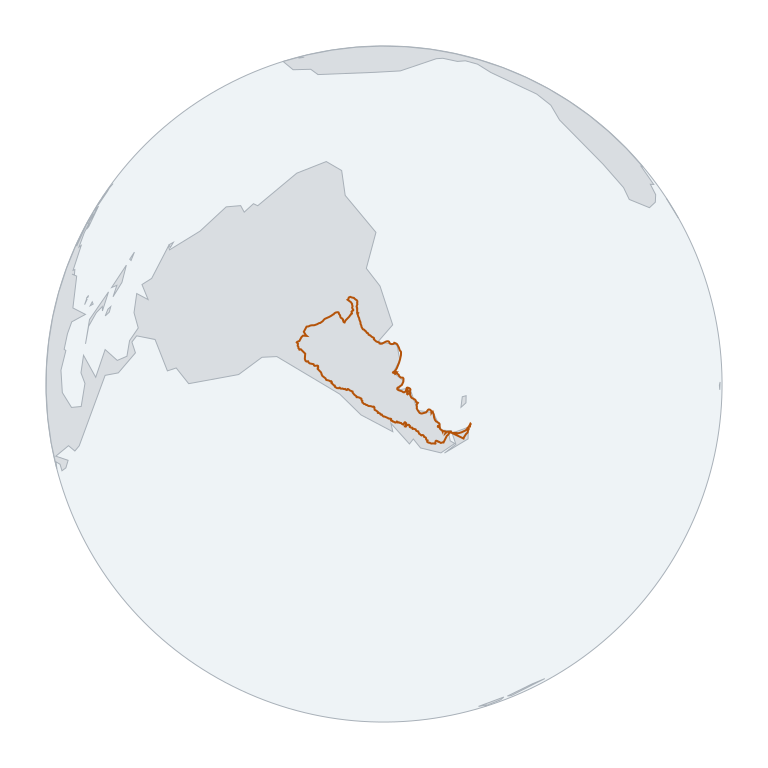 the Earth from above Argentina, rotated 298°
{"feature_id": "ARG", "entity_name": "Argentina", "entity_type": "country or territory", "adm_level": 0, "iso_a3": "ARG", "parent_name": "South America", "parent_adm1": "", "projection": "orthographic", "projection_center": [-65.46, -38.417], "detail": "fine", "context": "on_globe", "style": "outline", "palette": "amber", "viewbox_px": 768, "rotation_deg": 298, "n_neighbors": 0, "source": "natural_earth", "source_scale": "50m", "svg_char_len": 9218}
<svg xmlns="http://www.w3.org/2000/svg" viewBox="0 0 768 768"><g transform="rotate(298 384 384)"><circle cx="384" cy="384" r="338" fill="#eef3f6" stroke="#a8b0b8"/><path d="M412.7,47.3L404.4,46.8L380.5,46.2L361.3,47.9L385.6,46.4L388.0,47.6L393.4,48.0L400.2,48.1L403.9,47.7L407.2,48.4L384.4,49.4L381.0,48.7L388.3,48.1L377.0,48.3L361.7,50.4L364.2,51.6L338.4,56.1L339.9,57.3L335.1,59.4L334.5,56.9L335.0,62.0L305.1,73.6L305.3,87.7L292.3,79.1L279.8,80.9L264.5,85.3L264.2,87.4L244.5,92.3L225.4,104.0L216.6,119.1L222.0,127.2L244.1,119.7L251.6,111.2L268.3,105.2L254.6,126.3L283.5,121.6L279.6,137.4L287.8,144.0L302.8,139.0L318.1,140.7L329.6,129.8L347.8,123.2L347.8,136.1L358.2,123.6L368.2,129.3L404.7,128.9L401.8,131.7L432.6,149.8L466.3,161.5L474.2,173.7L470.1,179.9L481.9,184.1L482.1,188.8L529.2,208.0L553.3,228.6L552.6,246.4L532.3,261.2L514.1,305.7L477.8,314.1L468.6,334.5L440.3,363.9L418.3,358.8L424.7,377.0L412.6,386.8L398.3,386.7L396.1,399.6L385.5,399.6L392.7,408.5L376.4,426.0L381.9,441.0L370.3,456.3L374.3,465.5L369.6,465.3L364.9,469.1L364.7,474.4L349.9,466.6L344.7,446.3L349.2,435.7L343.0,434.6L352.5,408.6L346.0,414.2L345.9,378.2L354.3,349.7L357.9,276.5L350.3,263.7L324.1,251.2L292.6,211.4L300.6,193.0L293.9,186.6L315.8,161.0L310.4,143.0L302.7,141.7L294.8,149.9L269.1,144.2L260.7,133.7L186.3,143.9L179.7,142.5L181.4,134.4L166.2,128.1L168.3,140.9L160.6,142.5L156.2,140.4L161.0,135.7L161.3,130.9L155.7,134.9L156.6,134.0L175.9,117.7L196.4,102.9L218.0,89.7L240.4,78.1L263.7,68.2L287.6,60.1L312.1,53.8L337.0,49.4L362.2,46.8L387.4,46.1L412.7,47.3ZM302.7,93.7L336.0,97.5L316.3,101.1L320.2,98.9L311.9,96.5L296.3,96.1L279.3,101.6L302.7,93.7ZM319.3,82.1L313.5,82.4L319.3,81.5L319.3,82.1ZM375.0,484.0L351.4,469.8L364.5,475.8L372.6,467.2L385.4,478.7L375.0,484.0ZM399.5,462.9L409.5,459.1L412.2,462.0L405.9,465.2L399.5,462.9ZM697.2,510.9L696.9,508.8L686.8,528.5L685.4,525.4L678.7,535.0L671.9,538.2L664.3,535.6L662.1,513.9L669.9,503.3L680.9,474.3L699.5,415.1L708.5,400.4L711.7,382.7L709.2,332.2L710.3,316.4L707.6,304.2L703.3,297.4L699.2,283.0L695.8,277.5L668.1,251.4L654.6,229.1L626.2,180.4L627.5,171.6L618.8,156.2L621.4,143.5L638.4,161.6L654.1,180.9L668.3,201.3L680.9,222.7L692.0,244.9L701.4,267.9L709.0,291.6L714.9,315.7L719.1,340.2L721.4,365.0L721.9,389.8L720.5,414.6L717.4,439.3L712.4,463.6L705.7,487.5L697.2,510.9ZM631.6,155.5L634.4,159.2L634.4,159.3L631.6,155.5ZM405.9,128.7L410.2,131.5L404.4,131.3L405.9,128.7ZM313.2,105.9L320.4,105.1L324.1,106.4L318.5,107.7L313.2,105.9ZM374.8,100.9L383.3,101.7L374.3,102.7L374.8,100.9ZM341.3,98.2L368.0,100.7L350.7,104.9L333.8,103.8L345.7,101.8L341.3,98.2ZM315.1,87.8L319.6,87.8L318.0,89.7L315.1,87.8ZM323.5,81.5L321.8,81.9L319.7,80.9L323.5,81.5ZM389.4,47.5L391.3,47.5L398.0,47.7L394.6,47.8L389.4,47.5ZM418.5,47.8L416.8,47.8L429.3,49.4L433.8,50.7L428.2,49.5L424.3,49.4L407.8,47.6L417.7,47.8L418.5,47.8ZM388.9,46.3L398.1,46.7L387.6,46.2L388.9,46.3ZM543.6,679.8L536.5,683.2L540.4,680.7L543.6,679.8ZM668.7,566.0L672.7,559.4L680.6,545.9L668.7,566.0ZM168.6,642.6L166.4,639.4L176.1,646.5L188.9,655.7L199.4,664.3L168.6,642.6ZM159.9,635.2L151.1,627.8L146.5,624.3L149.1,625.7L143.7,618.8L163.9,636.8L159.9,635.2Z" fill="#d9dde1" stroke="#a8b0b8" stroke-width="1"/><path d="M423.9,337.3L422.4,339.6L422.6,340.3L422.6,341.2L422.1,341.8L422.2,342.6L422.1,343.1L421.1,344.8L421.4,345.5L421.1,346.4L420.3,347.2L420.3,348.8L420.5,349.1L419.9,350.9L420.0,353.3L419.5,353.9L418.9,353.9L418.7,354.1L417.9,357.3L418.4,360.4L417.7,361.0L417.9,362.0L418.7,363.3L422.1,365.6L423.2,366.7L423.7,367.8L423.7,368.6L422.7,369.8L422.5,370.9L422.9,372.3L423.7,373.3L424.3,373.7L425.2,373.7L425.3,374.0L425.4,376.1L425.3,376.7L425.0,377.3L423.1,380.1L421.5,381.7L420.9,382.6L420.6,383.6L420.1,384.1L417.5,385.4L413.6,386.5L409.8,387.3L403.9,387.9L401.7,387.8L400.6,387.5L399.6,387.2L399.0,386.6L398.4,386.5L398.2,386.8L398.5,387.6L398.3,388.6L398.4,389.1L399.5,389.9L398.9,389.9L399.4,390.4L399.1,392.6L398.4,393.0L397.8,394.7L397.6,395.7L397.8,396.3L398.4,397.6L398.1,398.4L397.7,398.8L395.1,400.0L392.2,400.2L391.5,400.2L388.8,398.8L386.7,398.1L386.9,397.8L386.6,397.7L385.7,398.1L385.5,398.5L385.4,399.9L385.9,402.6L386.0,403.6L385.8,404.9L386.1,405.7L387.7,406.7L388.0,406.6L387.9,407.2L387.9,407.6L388.5,407.7L389.9,407.5L390.1,406.7L389.3,406.6L389.4,406.4L391.3,405.9L391.8,406.3L392.0,406.9L392.1,407.6L392.0,409.3L391.6,409.9L390.2,410.3L389.7,410.2L388.9,408.5L388.2,408.2L387.5,408.3L386.8,408.9L386.1,409.0L385.9,409.6L387.6,410.5L388.9,410.8L388.4,411.4L386.7,412.1L384.9,414.4L384.7,415.6L384.9,417.2L384.6,417.8L384.8,418.5L384.4,419.7L383.2,420.8L383.0,421.5L383.4,422.0L383.3,422.8L381.0,422.5L379.3,423.8L377.9,424.3L376.6,426.2L375.2,429.0L375.3,430.3L375.7,431.3L378.7,434.5L381.8,435.0L382.4,435.3L382.9,436.4L382.7,437.7L382.3,438.5L381.0,439.3L382.1,439.3L382.4,439.4L382.6,439.9L382.2,440.1L380.3,442.3L377.9,444.0L376.2,445.9L375.4,447.6L375.5,448.1L375.2,451.1L374.7,451.9L373.4,452.6L372.5,451.9L371.8,450.6L371.9,451.3L371.9,451.7L370.7,452.1L372.1,452.1L372.8,452.9L370.9,454.3L370.4,455.5L370.3,457.1L369.5,458.1L370.1,457.9L370.7,459.6L370.9,460.4L370.8,461.0L369.3,461.3L370.4,461.7L370.9,461.5L371.2,461.8L373.4,465.3L373.3,465.6L373.2,465.2L370.4,464.4L369.4,464.5L367.7,463.8L360.4,464.0L360.4,463.5L359.2,462.5L358.6,461.7L358.8,460.3L358.8,459.8L358.4,459.1L358.7,458.7L358.7,458.0L358.4,456.7L357.7,456.4L357.3,456.6L356.4,456.7L355.6,457.4L355.4,457.3L354.6,455.2L353.7,453.9L353.5,452.7L353.6,452.0L353.1,450.8L353.1,450.1L353.3,449.7L353.3,449.2L354.6,449.0L354.5,448.4L354.8,447.3L355.9,446.6L356.3,445.9L356.3,445.2L356.1,444.4L356.5,443.7L357.0,443.4L357.2,442.6L357.0,441.9L356.7,441.4L356.2,441.2L356.2,440.6L356.7,438.8L356.6,438.3L357.5,437.4L357.7,436.8L358.2,436.5L357.9,435.4L357.9,434.4L358.8,433.2L358.4,431.3L357.8,430.4L358.6,429.7L358.7,429.2L358.2,428.5L358.1,427.0L358.3,426.7L359.1,426.6L359.1,426.1L359.6,425.5L359.6,424.9L358.4,423.5L356.6,423.2L356.4,422.4L359.7,422.1L360.1,420.9L360.1,420.5L359.8,420.2L357.2,420.0L357.2,418.4L357.6,417.4L357.1,416.4L357.3,416.0L357.2,415.4L356.5,414.5L356.4,414.0L357.0,413.7L357.0,413.3L356.9,412.9L355.7,412.6L355.2,412.0L355.3,410.7L355.0,409.6L355.4,408.9L355.0,407.9L355.0,407.6L355.4,407.0L356.1,407.0L356.5,406.7L356.5,406.3L355.6,404.1L355.8,403.5L355.5,399.6L355.1,399.0L355.1,398.4L355.6,396.9L356.0,396.5L356.0,396.3L355.5,395.8L355.4,395.4L355.5,395.1L355.9,394.8L356.1,394.4L356.1,393.6L355.6,392.1L355.9,391.9L356.4,391.9L356.8,390.0L356.8,387.9L358.2,386.8L358.8,386.6L359.2,385.8L359.2,385.5L358.6,384.9L358.2,382.6L357.4,381.0L357.3,380.2L357.5,379.1L357.1,378.2L357.4,377.1L357.0,375.6L357.5,374.3L357.5,373.6L358.2,373.0L358.9,372.8L359.0,372.1L359.7,371.3L360.2,371.2L360.5,370.7L360.3,369.7L360.5,369.0L360.2,367.6L359.9,366.4L359.6,366.3L359.5,366.0L360.2,365.4L360.6,362.9L361.7,360.3L362.6,359.8L362.3,356.9L362.7,354.9L362.5,354.3L362.1,354.1L361.5,354.2L361.2,353.9L361.1,352.8L361.4,352.0L360.9,351.5L360.6,350.5L360.6,349.6L360.3,349.4L359.6,347.9L359.6,347.1L359.9,347.0L360.0,346.6L359.6,346.2L359.0,346.0L358.3,344.4L358.4,342.9L358.5,341.9L358.7,341.7L359.1,341.7L359.5,341.2L359.3,340.5L360.1,337.7L360.1,337.4L361.1,337.2L361.7,336.1L361.6,335.8L361.1,335.6L361.2,333.7L360.5,331.2L360.7,330.7L361.5,329.8L362.2,325.8L363.1,324.5L363.3,324.5L364.7,322.9L366.2,318.3L366.9,318.0L367.3,318.3L367.6,318.2L367.8,317.9L368.8,317.5L369.0,317.2L369.0,316.6L367.5,314.3L367.5,313.6L368.4,312.5L367.3,308.7L367.6,307.2L368.4,306.4L367.9,305.4L367.4,304.9L367.7,303.7L369.0,302.3L373.8,300.2L375.6,294.2L374.6,293.2L375.3,292.3L375.4,291.7L376.7,290.9L377.2,289.8L379.1,289.2L379.8,287.4L380.5,287.6L382.3,289.1L386.6,289.1L388.7,289.8L390.2,293.2L390.5,292.0L392.4,288.7L398.3,288.7L399.5,290.4L400.8,291.3L401.7,292.3L403.2,294.9L405.4,296.9L407.0,297.9L407.6,298.5L407.9,299.0L410.7,300.4L412.8,300.8L413.9,301.3L417.6,304.2L420.0,305.7L421.1,306.1L421.8,306.8L423.0,307.0L424.0,307.5L424.7,308.1L425.5,309.2L425.8,309.7L425.8,310.4L424.8,311.3L424.0,313.0L422.8,313.9L422.2,315.0L422.2,316.5L421.4,317.5L421.5,317.7L420.8,318.1L419.8,319.2L419.7,319.6L419.8,320.3L422.1,320.2L427.5,321.8L428.3,321.7L429.6,322.1L430.2,322.0L431.0,322.6L431.3,322.6L432.5,321.4L433.6,321.6L434.4,322.2L434.8,322.2L435.2,321.9L435.7,320.8L436.5,320.0L438.0,319.7L439.1,318.5L439.7,318.3L440.7,316.4L441.3,312.3L442.2,312.7L443.8,312.3L445.1,313.3L445.3,315.0L445.9,317.0L445.7,317.3L445.2,319.6L445.3,320.3L444.6,321.6L443.1,322.3L442.9,322.2L441.9,323.1L440.7,323.1L440.1,323.4L439.3,323.5L438.8,324.4L438.1,324.6L437.7,325.2L437.0,325.3L435.7,326.2L434.4,326.7L434.2,327.0L434.5,327.3L434.5,327.8L433.4,327.6L433.3,328.0L431.5,329.6L430.6,331.0L429.2,332.1L427.5,334.2L426.0,335.1L425.0,336.5L423.9,337.3ZM373.2,479.8L372.7,467.3L373.8,468.7L374.2,469.7L373.8,469.4L373.5,469.6L373.2,470.3L373.3,470.7L374.5,471.0L375.1,472.4L377.7,475.1L381.3,477.8L383.0,478.5L384.3,478.4L385.0,478.6L384.4,479.8L384.0,480.0L382.3,480.0L380.4,480.6L378.3,479.9L374.6,479.6L373.2,479.8ZM387.1,478.9L387.5,479.0L389.6,478.9L389.5,479.2L389.1,479.4L387.9,479.3L386.8,479.9L386.4,479.5L387.1,478.9ZM400.4,388.8L400.4,389.1L400.2,389.1L399.6,388.7L399.4,388.2L400.4,388.8Z" fill="none" stroke="#b45309" stroke-width="2"/></g></svg>